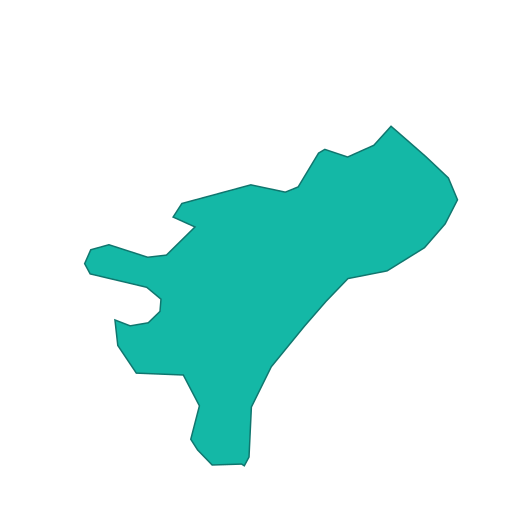 map outline of Darlington (Equal Earth projection), rotated 131°
{"feature_id": "GBR-2028", "entity_name": "Darlington", "entity_type": "Unitary Authority", "adm_level": 1, "iso_a3": "GBR", "parent_name": "United Kingdom", "parent_adm1": "", "projection": "equal_earth", "projection_center": [-1.518, 54.521], "detail": "fine", "context": "isolated", "style": "filled", "palette": "teal", "viewbox_px": 512, "rotation_deg": 131, "n_neighbors": 0, "source": "natural_earth", "source_scale": "10m", "svg_char_len": 717}
<svg xmlns="http://www.w3.org/2000/svg" viewBox="0 0 512 512"><g transform="rotate(131 256 256)"><path d="M422.0,127.2L422.5,130.4L442.5,152.0L440.7,172.8L437.1,185.0L406.2,200.4L393.5,232.8L422.9,269.5L414.2,301.6L396.8,320.5L391.3,305.2L377.1,293.5L360.8,292.1L350.9,299.4L351.3,317.9L378.3,369.4L374.2,380.3L359.7,384.8L344.0,374.4L328.0,336.9L314.1,324.2L274.1,321.1L281.0,344.1L265.0,346.4L205.7,306.6L188.6,275.8L176.2,269.5L137.3,276.3L130.4,274.0L121.2,251.8L95.1,239.7L69.5,239.2L69.5,220.7L69.6,193.0L70.9,162.0L81.4,140.8L107.7,134.3L139.2,134.3L181.2,147.3L212.7,171.8L244.3,173.4L277.1,173.4L329.6,171.8L373.0,160.4L412.3,129.4L422.0,127.2Z" fill="#14b8a6" stroke="#0f766e" stroke-width="1.5"/></g></svg>